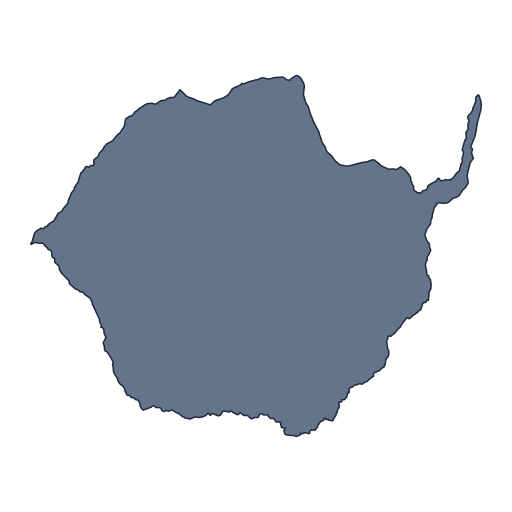 Almaguer, Cauca, Colombia (Robinson projection)
{"feature_id": "7082276B90942286802218", "entity_name": "Almaguer", "entity_type": "district", "adm_level": 2, "iso_a3": "COL", "parent_name": "Colombia", "parent_adm1": "Cauca", "projection": "robinson", "projection_center": [-76.812, 1.912], "detail": "fine", "context": "isolated", "style": "filled", "palette": "slate", "viewbox_px": 512, "rotation_deg": 0, "n_neighbors": 0, "source": "geoboundaries", "source_scale": "gbopen_adm2", "svg_char_len": 6017}
<svg xmlns="http://www.w3.org/2000/svg" viewBox="0 0 512 512"><path d="M479.1,95.6L478.1,94.9L475.9,97.2L475.6,98.5L475.9,99.7L475.7,100.9L474.7,104.3L472.9,108.0L472.6,110.2L471.1,112.8L468.8,115.1L467.8,116.7L467.8,118.1L469.0,120.3L468.9,121.4L467.8,124.6L468.2,128.5L467.3,130.6L465.9,132.4L466.4,138.3L464.8,140.3L462.5,148.5L462.2,150.1L463.1,151.2L463.4,152.5L463.0,155.9L462.0,158.1L462.4,162.0L460.7,164.6L460.6,166.5L459.7,168.4L459.5,170.8L456.8,172.8L453.2,177.9L451.0,179.4L448.4,180.0L445.4,179.6L443.9,180.4L440.9,180.7L440.3,180.4L439.0,178.4L437.8,178.5L436.5,180.8L428.5,185.2L427.7,186.5L427.5,188.4L426.2,189.8L425.1,190.3L423.3,190.5L420.6,193.1L416.5,192.3L416.1,191.6L413.8,190.2L413.6,186.5L412.2,184.3L411.6,181.9L410.8,180.7L410.6,177.4L409.0,174.6L405.2,169.9L400.7,166.8L396.8,169.3L395.8,169.5L393.3,168.9L388.8,169.2L381.4,166.0L378.1,162.9L374.2,159.9L371.8,160.0L367.4,161.7L361.5,162.6L348.7,166.0L345.6,166.0L340.4,164.9L339.1,164.2L335.2,160.9L331.7,156.0L327.3,152.1L326.4,150.5L325.1,146.9L322.5,142.9L321.3,140.3L321.3,139.1L319.2,133.9L319.2,132.8L318.6,131.3L313.8,122.3L310.2,113.2L308.3,106.8L305.7,102.5L303.4,94.6L304.4,86.4L303.6,83.1L300.6,77.8L298.1,75.9L296.3,75.6L295.0,76.1L291.4,78.4L290.0,80.1L287.2,80.0L282.8,77.0L274.6,77.6L268.7,79.1L262.8,77.8L260.4,78.3L257.9,79.7L255.8,79.9L248.2,82.0L244.1,83.7L243.1,83.8L241.6,83.4L241.4,84.3L240.4,85.0L232.4,88.6L228.5,94.7L223.7,97.7L219.5,99.3L216.9,99.9L214.6,101.0L210.3,104.9L196.7,100.5L193.1,98.7L188.9,97.4L186.3,95.9L180.0,89.8L174.2,97.2L172.5,97.7L171.2,97.3L168.7,98.0L166.7,98.9L165.1,100.4L162.7,100.3L160.5,100.9L156.0,104.0L154.6,104.1L152.3,103.4L150.7,103.3L147.0,103.8L145.3,104.6L138.5,109.1L137.1,110.7L135.2,111.6L132.4,115.4L128.9,116.7L125.6,119.0L124.3,126.3L120.2,132.6L117.5,134.8L112.4,140.9L107.0,143.7L104.1,146.9L103.3,148.9L99.2,153.4L98.1,156.5L94.1,159.6L93.7,161.2L94.1,164.1L93.4,165.6L90.6,165.5L88.9,167.2L86.4,166.4L85.5,166.9L84.4,169.3L83.4,170.0L82.7,171.5L80.8,173.0L78.0,182.1L77.4,183.4L76.2,184.5L75.6,186.4L74.5,187.1L74.4,189.2L71.2,193.3L70.2,196.3L68.4,200.0L68.0,203.0L63.3,208.6L62.1,211.1L58.2,213.2L54.0,220.7L48.2,224.5L47.2,226.3L45.3,226.8L43.5,228.5L42.4,228.6L40.5,228.2L39.7,229.2L36.7,230.7L34.4,233.4L32.3,241.1L30.7,243.9L31.3,244.2L32.1,243.9L35.0,242.4L39.0,243.2L42.5,243.2L43.6,243.9L45.2,246.1L47.0,247.4L47.9,249.2L50.6,250.3L51.7,252.3L52.1,256.8L54.8,258.9L54.7,261.8L55.0,262.5L59.0,266.2L59.5,269.9L61.7,273.3L67.9,279.8L69.1,280.6L69.2,283.1L69.7,283.9L75.5,289.1L78.3,289.9L79.9,291.8L83.2,292.3L84.8,294.5L89.7,297.9L90.8,299.4L92.1,302.1L92.4,304.0L99.4,319.2L99.9,322.8L101.5,324.6L100.9,327.1L102.5,327.7L103.8,329.5L104.2,333.8L106.0,337.5L103.2,342.6L104.4,346.5L104.5,349.6L105.0,350.8L107.0,351.9L108.4,353.6L112.8,361.2L113.0,363.0L112.6,364.9L113.2,366.8L113.4,371.2L114.4,373.9L117.4,378.3L118.0,380.8L119.4,383.3L121.2,385.1L122.3,385.5L124.3,388.1L125.3,391.6L126.7,394.6L127.7,395.4L129.7,395.4L130.6,396.8L131.6,397.6L133.8,397.8L135.2,399.4L138.2,400.3L139.7,403.1L139.9,404.8L140.6,406.9L141.5,408.5L143.2,410.1L151.2,407.2L152.4,406.0L153.4,405.8L154.2,406.0L156.1,407.5L160.0,407.7L160.7,408.1L162.2,410.8L163.2,411.4L164.4,411.4L166.0,410.4L168.7,411.2L171.5,410.1L172.7,410.3L175.6,412.3L179.5,414.0L182.3,416.6L183.9,417.1L184.8,418.0L190.1,419.0L194.8,417.0L199.6,417.5L202.9,416.8L205.8,415.4L208.0,413.2L208.9,413.4L209.6,415.1L210.4,415.2L211.6,413.9L213.0,413.6L218.3,415.9L220.5,415.1L222.7,411.4L223.7,411.3L226.1,411.2L228.8,412.2L230.5,411.1L231.3,411.1L233.7,413.0L235.4,413.3L235.9,414.2L237.5,414.6L238.4,414.6L239.2,413.4L240.4,412.8L243.8,415.5L246.4,415.4L248.3,416.0L250.2,418.1L251.6,418.8L254.7,417.5L257.2,417.5L258.3,417.2L259.7,414.2L260.4,413.8L261.5,413.8L263.8,415.0L267.3,414.8L269.2,417.4L270.8,418.6L273.5,418.3L276.2,422.0L278.1,421.8L280.8,422.3L280.4,423.7L281.6,427.7L285.0,427.8L284.9,428.6L283.8,430.6L284.9,434.0L285.8,434.7L290.9,435.5L293.2,435.4L296.3,436.4L299.8,435.2L300.5,434.3L300.6,433.3L302.2,433.9L303.2,433.3L306.1,432.7L309.0,433.7L309.7,432.9L309.9,431.2L310.8,430.3L313.1,429.9L314.8,430.3L315.2,429.9L317.5,427.1L317.7,425.8L320.2,422.0L321.7,420.8L322.7,420.8L323.5,420.3L324.7,418.2L325.5,418.1L326.0,419.3L326.5,419.6L327.9,419.5L328.9,420.2L330.3,420.3L331.7,420.9L332.9,420.6L334.5,417.2L335.7,415.8L336.3,413.5L337.3,412.3L337.2,411.0L337.6,410.7L337.7,409.0L339.2,407.8L339.2,404.4L338.7,403.6L338.6,402.6L340.8,402.1L341.7,401.4L341.9,399.9L344.5,399.6L346.4,397.6L347.2,395.8L347.3,393.3L348.6,392.9L349.2,392.2L349.1,389.0L350.0,387.6L352.0,387.2L355.2,384.9L356.9,384.8L358.8,383.8L362.3,384.1L365.0,382.1L367.0,381.4L370.7,378.1L373.3,376.5L373.7,373.7L374.3,372.6L376.3,372.1L377.7,371.1L379.5,370.7L381.9,368.0L383.2,367.6L384.0,366.9L385.4,364.0L385.6,360.4L387.4,357.0L388.4,356.1L388.8,354.2L388.8,351.4L387.5,347.9L386.7,341.3L386.9,340.1L387.7,338.7L388.0,336.5L388.8,336.1L390.5,336.2L391.5,335.9L393.2,334.0L394.7,333.2L398.1,328.9L400.4,327.0L402.2,323.6L406.6,318.1L407.4,317.8L408.6,318.6L409.6,318.6L413.3,315.2L415.2,314.2L416.5,312.8L417.6,312.5L418.3,311.0L420.1,310.2L421.0,309.2L422.6,303.7L423.8,302.8L425.6,302.4L427.0,300.3L428.2,300.4L428.6,300.0L428.4,297.9L429.1,295.7L428.8,294.0L429.4,291.2L430.8,289.0L431.2,284.8L430.4,279.4L429.1,277.9L428.6,275.6L427.3,275.4L426.8,274.2L426.7,271.4L425.4,265.2L425.8,263.0L427.2,259.8L427.1,256.8L428.2,255.5L430.8,250.0L429.8,247.9L429.1,243.4L427.4,241.7L424.9,235.7L425.0,234.3L427.1,228.5L430.6,223.9L430.8,220.5L432.1,217.7L432.3,214.1L433.1,212.6L433.9,208.9L434.4,207.4L436.2,205.4L437.2,203.6L438.6,202.8L444.1,203.3L447.4,202.8L449.0,201.9L452.9,198.3L456.6,197.3L457.8,196.5L459.5,195.0L462.8,190.0L465.0,188.1L468.0,183.6L468.0,180.5L467.1,176.1L467.9,171.6L470.2,162.6L473.3,158.4L471.5,152.9L472.5,149.3L472.0,148.3L470.9,147.7L470.7,147.0L474.8,136.6L475.8,132.8L477.3,123.0L480.9,109.8L481.3,105.0L480.9,101.4L479.1,95.6Z" fill="#64748b" stroke="#1e293b" stroke-width="1.5"/></svg>